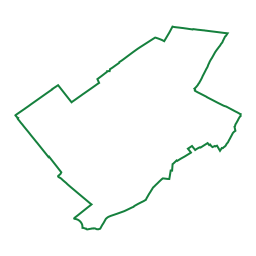 Cuza Voda, Constanta, Romania (Equal Earth projection)
{"feature_id": "2599482B95027608371455", "entity_name": "Cuza Voda", "entity_type": "district", "adm_level": 2, "iso_a3": "ROU", "parent_name": "Romania", "parent_adm1": "Constanta", "projection": "equal_earth", "projection_center": [28.324, 44.307], "detail": "fine", "context": "isolated", "style": "outline", "palette": "green", "viewbox_px": 256, "rotation_deg": 0, "n_neighbors": 0, "source": "geoboundaries", "source_scale": "gbopen_adm2", "svg_char_len": 4490}
<svg xmlns="http://www.w3.org/2000/svg" viewBox="0 0 256 256"><path d="M227.6,33.3L223.8,32.9L216.0,31.9L211.9,31.4L207.9,30.9L206.4,30.7L206.1,30.7L203.7,30.3L203.0,30.3L201.3,30.1L199.5,29.9L198.5,29.8L197.5,29.7L196.1,29.5L194.6,29.3L193.1,29.1L192.7,29.5L192.3,29.4L189.3,29.0L186.8,28.6L184.6,28.3L183.3,28.1L181.5,27.9L179.2,27.6L176.4,27.3L174.0,27.0L172.5,26.6L169.3,32.6L164.2,41.2L162.9,40.5L162.6,40.3L161.0,39.6L158.1,38.5L155.4,37.6L154.9,37.7L153.7,38.5L152.7,39.1L152.1,39.5L147.9,42.2L139.3,47.7L138.9,48.0L137.8,48.7L136.7,49.5L136.4,49.7L132.8,52.3L127.3,56.4L123.3,59.4L121.2,60.9L119.3,62.1L119.2,62.8L118.7,63.2L115.7,65.3L113.9,66.6L112.2,67.8L110.9,68.6L110.4,69.0L110.2,69.0L109.7,70.5L109.6,71.1L108.8,71.1L107.3,71.2L107.4,71.5L102.1,75.6L97.4,79.1L99.0,82.7L99.1,82.9L97.8,83.8L97.7,83.8L95.5,85.4L91.8,88.0L83.5,93.8L83.3,93.9L81.1,95.5L78.4,97.4L74.6,100.1L72.0,101.9L71.6,102.3L71.4,102.1L64.7,93.6L58.1,85.2L52.5,88.9L52.1,89.2L52.2,89.4L46.7,93.2L39.5,98.3L36.1,100.7L31.0,104.3L28.7,106.0L21.8,110.8L16.6,114.4L15.9,114.9L15.5,115.2L15.4,115.3L15.5,115.5L17.1,117.3L17.5,117.7L18.0,117.9L18.2,118.0L18.0,118.4L17.7,118.7L18.4,119.7L19.6,121.1L20.3,122.1L21.3,123.3L21.9,124.0L22.1,124.2L22.3,124.4L22.5,124.7L22.6,124.9L22.9,125.2L23.0,125.3L23.4,125.9L25.2,128.1L25.6,128.6L28.5,132.1L31.0,135.3L34.1,139.1L35.3,140.6L36.5,142.1L36.8,142.4L48.3,156.8L48.5,157.1L49.0,156.6L49.8,157.6L57.0,166.8L61.3,172.3L60.5,173.9L59.3,175.0L58.2,175.9L58.1,176.4L58.2,176.6L58.6,177.1L59.6,177.6L60.5,178.1L61.2,178.6L63.1,180.4L66.2,183.0L66.7,183.5L67.5,184.3L70.5,186.9L71.7,187.9L74.8,190.5L79.2,194.2L85.3,199.3L87.8,201.4L90.3,203.5L91.2,204.2L91.5,204.4L90.7,205.1L87.7,207.4L84.7,209.8L77.7,215.4L74.5,217.9L74.2,218.3L74.2,218.6L74.5,218.8L75.0,218.9L75.7,219.0L76.4,219.2L77.0,219.4L77.6,219.6L78.5,220.1L79.6,220.9L80.5,221.8L81.1,222.6L81.7,223.6L82.1,224.5L82.3,225.3L82.4,226.1L82.5,227.3L82.5,227.9L83.3,227.9L85.5,228.6L86.0,228.6L86.2,229.0L86.5,229.2L87.2,229.4L87.9,229.3L89.9,228.9L91.3,228.7L92.1,228.4L93.1,228.6L93.7,228.3L95.3,228.5L96.4,229.1L97.0,229.2L98.2,229.3L100.2,228.7L102.4,224.7L102.7,224.3L103.3,223.4L104.5,221.3L105.7,219.1L106.0,218.7L107.3,217.6L108.0,217.1L108.8,216.7L110.0,216.2L110.7,215.9L111.3,215.7L116.9,213.8L124.4,211.1L125.4,210.6L126.3,210.2L128.8,209.0L131.9,207.5L133.6,206.8L134.2,206.1L134.3,206.0L134.7,205.8L137.9,204.0L141.6,202.1L142.5,201.7L144.4,200.7L144.5,200.6L144.9,200.3L145.7,200.0L145.8,199.9L145.9,199.6L146.0,199.4L146.5,198.5L146.7,198.1L146.8,197.8L146.9,197.7L147.6,196.5L147.7,196.4L148.2,195.4L148.9,194.3L149.0,194.0L149.5,193.3L150.2,192.2L152.3,188.8L152.9,187.8L153.2,187.4L153.6,187.0L154.3,186.5L154.4,186.3L154.8,185.9L156.0,184.7L157.4,183.4L158.5,182.3L159.4,181.4L160.7,180.2L161.5,179.4L162.0,179.1L162.2,178.8L162.7,178.5L162.8,178.4L163.0,178.4L164.1,178.5L165.8,178.7L167.3,178.9L169.3,179.0L170.0,174.8L170.7,170.5L172.1,170.6L172.6,164.1L173.2,163.7L175.4,161.6L176.6,160.4L177.2,160.9L181.1,158.5L184.7,156.5L187.6,154.7L190.9,152.7L191.0,152.6L190.3,151.7L187.9,148.7L192.0,146.0L193.5,147.9L195.0,149.7L195.2,150.0L196.6,149.0L198.0,148.2L198.7,147.8L199.9,147.3L200.0,147.4L200.2,147.6L200.5,147.6L204.1,145.3L207.6,143.1L209.2,145.1L210.1,144.5L211.4,146.2L212.5,147.1L214.8,146.0L215.3,146.4L217.0,145.7L220.0,150.8L221.8,148.0L222.6,148.2L222.9,148.1L223.6,147.3L224.1,147.0L224.6,146.7L225.7,145.6L226.6,143.9L228.0,142.3L228.9,140.4L230.0,138.5L230.6,137.3L231.9,134.9L232.8,133.1L234.0,131.8L235.0,131.1L235.4,130.8L234.5,126.7L234.9,126.4L235.1,125.9L235.2,125.4L235.4,124.6L235.5,124.3L235.8,123.9L236.4,122.9L237.8,120.4L238.7,118.6L239.6,117.1L240.3,116.3L240.6,116.1L240.6,114.8L240.3,114.4L240.5,114.1L240.0,113.9L237.5,112.5L237.3,112.4L235.1,111.3L226.3,106.6L225.8,106.4L225.3,106.3L223.6,105.7L221.2,104.5L217.4,102.6L212.8,100.2L206.8,97.1L206.7,96.9L204.0,95.5L199.9,93.4L197.5,92.2L195.2,90.9L194.9,90.7L194.8,90.3L195.1,89.6L194.9,89.2L194.4,88.7L195.8,87.4L197.6,85.3L198.6,83.6L199.3,82.8L199.8,81.7L200.5,80.6L201.9,77.9L202.8,75.8L203.3,74.9L205.1,71.4L206.3,69.0L206.9,68.0L207.6,66.7L208.3,64.7L209.2,62.9L209.4,62.3L209.9,61.3L210.4,60.4L210.9,59.5L211.7,58.3L212.0,57.9L212.1,57.6L212.7,56.6L214.3,53.7L215.2,52.1L215.9,51.1L216.9,49.7L218.2,48.0L219.0,46.9L219.6,46.2L220.0,45.7L220.5,44.9L221.0,44.0L222.2,42.6L222.4,42.3L222.7,41.5L222.7,41.4L225.1,36.5L226.0,35.8L226.8,34.5L227.6,33.3Z" fill="none" stroke="#15803d" stroke-width="2"/></svg>